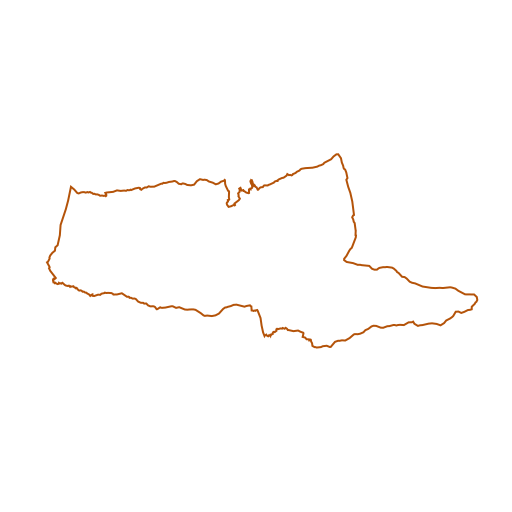 Logresti, Gorj, Romania, rotated 76°
{"feature_id": "2599482B14981850499200", "entity_name": "Logresti", "entity_type": "district", "adm_level": 2, "iso_a3": "ROU", "parent_name": "Romania", "parent_adm1": "Gorj", "projection": "equal_earth", "projection_center": [23.721, 44.889], "detail": "fine", "context": "isolated", "style": "outline", "palette": "amber", "viewbox_px": 512, "rotation_deg": 76, "n_neighbors": 0, "source": "geoboundaries", "source_scale": "gbopen_adm2", "svg_char_len": 6135}
<svg xmlns="http://www.w3.org/2000/svg" viewBox="0 0 512 512"><g transform="rotate(76 256 256)"><path d="M211.6,460.3L216.4,459.0L217.1,459.0L217.8,459.8L220.7,459.2L228.9,455.6L229.8,457.3L229.1,457.8L229.5,458.5L230.7,458.9L232.5,458.9L232.6,458.4L233.5,458.0L233.2,457.5L233.4,457.1L234.0,456.9L235.3,455.2L235.2,454.2L234.4,453.7L235.2,453.0L235.2,451.9L235.7,451.6L235.2,450.3L237.9,448.5L238.7,447.6L239.6,445.8L239.5,444.7L240.9,443.9L240.5,443.3L241.0,442.8L241.2,440.5L241.8,440.4L242.8,439.5L243.0,438.9L243.6,438.7L243.4,438.1L244.2,437.3L245.0,437.3L246.5,436.2L246.8,435.9L246.9,434.4L247.8,433.4L248.7,432.9L248.9,431.7L250.1,430.7L250.6,429.4L251.4,429.0L253.0,427.2L254.6,426.5L253.9,425.2L253.7,424.0L255.1,424.2L255.7,422.7L255.3,418.6L256.0,416.5L255.2,415.1L255.3,411.9L255.0,411.5L255.7,410.2L256.0,408.4L257.0,405.3L258.0,404.1L258.9,403.7L259.7,400.0L259.7,395.2L264.4,391.0L264.6,389.6L265.1,389.0L266.0,388.8L266.3,387.4L267.5,386.0L267.9,384.1L268.7,383.0L271.7,381.4L273.5,379.1L274.2,376.7L275.1,376.1L275.6,373.9L277.8,372.7L279.3,370.7L279.9,367.9L280.4,367.0L281.1,366.3L283.6,365.3L283.7,364.6L282.6,361.4L283.2,360.7L283.6,359.6L284.1,356.5L284.3,350.3L284.6,349.0L287.0,346.1L287.1,342.9L290.7,338.0L291.5,335.7L291.9,332.9L292.7,329.6L293.6,327.7L298.0,323.5L300.9,321.3L301.7,320.2L302.0,317.7L303.6,313.4L303.8,309.7L302.9,305.9L299.4,300.7L298.5,298.4L298.7,297.1L298.5,295.6L298.5,292.6L298.0,289.6L298.5,286.7L302.4,279.4L302.2,277.4L302.4,273.8L303.2,273.5L303.8,272.7L307.8,273.4L308.4,271.9L308.7,271.7L308.6,270.3L309.0,269.7L308.7,269.4L308.7,267.9L309.6,267.6L317.3,266.6L324.9,267.4L331.8,267.6L335.7,267.1L335.3,266.7L334.8,265.1L335.6,264.9L336.9,263.6L336.8,263.2L336.3,263.0L336.0,262.5L336.2,261.5L336.9,261.3L335.9,260.8L336.2,260.2L335.7,259.3L335.6,258.6L335.1,258.7L333.9,257.5L333.9,256.8L334.4,256.3L333.5,254.2L332.1,254.0L331.7,253.2L332.3,252.1L332.2,249.8L332.8,248.2L332.3,247.6L333.5,245.8L332.9,244.6L334.2,243.5L335.6,243.0L335.8,242.2L338.0,237.8L338.5,233.2L340.3,231.1L341.9,228.7L342.7,228.7L345.8,230.3L347.1,228.0L349.0,227.1L349.6,225.0L350.7,224.8L350.1,223.7L350.5,223.1L352.3,223.2L354.2,222.7L356.9,223.0L358.6,221.2L358.8,220.3L359.5,219.3L360.1,215.0L359.7,213.0L360.2,209.1L362.1,206.5L362.3,205.5L358.4,200.1L358.1,196.8L358.5,195.6L358.6,193.0L359.6,189.9L358.3,185.1L355.8,180.1L355.7,179.1L356.5,176.1L356.6,173.8L356.0,170.2L354.4,167.8L353.9,164.7L352.3,161.0L352.1,158.9L352.9,156.3L355.7,152.3L356.4,150.0L355.9,145.5L356.3,143.6L356.2,139.4L356.5,138.2L357.4,136.5L357.3,135.2L357.6,133.0L358.8,129.2L357.3,124.0L358.0,120.7L357.7,119.4L360.1,118.7L363.0,115.8L362.9,113.8L363.3,111.2L363.4,104.9L363.9,101.5L365.6,97.2L367.9,93.7L366.6,89.7L364.6,87.1L363.6,82.8L362.6,80.3L361.9,79.1L358.4,75.7L358.9,73.0L360.9,70.6L360.6,67.4L359.7,63.5L360.0,61.3L359.9,59.6L357.4,58.9L355.4,55.4L354.2,54.3L353.8,53.3L352.2,51.9L349.2,51.7L346.1,53.7L343.8,62.4L338.7,68.1L335.9,70.4L334.0,73.6L333.3,75.2L332.3,82.4L331.3,85.5L330.5,89.8L329.3,93.7L325.9,101.8L321.1,108.2L319.7,111.1L318.1,113.1L314.4,115.2L312.4,116.9L311.5,119.3L307.0,121.7L305.7,123.0L304.4,123.4L301.6,125.3L300.2,126.8L298.3,131.6L298.1,133.5L297.6,135.3L297.4,138.8L297.6,140.0L298.5,141.9L297.9,144.4L296.5,146.5L293.0,148.5L290.4,155.8L289.7,157.1L289.2,159.4L286.4,163.5L283.7,169.5L281.3,171.5L280.0,171.1L277.8,168.2L273.4,164.2L272.0,162.6L271.4,161.3L270.3,160.4L262.1,154.7L260.2,154.0L259.9,154.4L259.5,154.3L254.8,152.9L255.0,153.1L247.9,152.3L246.4,152.9L244.2,152.8L241.7,153.3L240.2,152.0L239.9,151.0L226.5,149.4L217.6,149.2L211.2,149.8L203.9,149.9L202.5,148.4L196.8,148.2L193.7,148.6L192.7,149.5L191.8,149.7L189.4,149.6L186.1,150.1L181.7,149.9L177.2,151.6L176.8,153.4L178.2,156.7L180.3,159.7L181.8,166.1L182.1,167.2L183.1,168.5L183.6,171.0L183.6,172.9L184.1,174.9L184.0,179.8L182.7,186.8L182.4,190.5L182.6,191.7L183.6,193.2L184.2,196.1L185.0,197.5L185.5,200.5L186.2,201.1L186.4,202.0L185.6,203.2L185.5,204.5L184.1,205.8L185.4,206.9L186.7,210.3L186.6,211.9L187.2,215.3L187.9,216.9L188.4,217.0L188.1,218.1L188.3,219.8L189.1,220.9L190.0,225.6L190.0,226.7L190.4,227.5L189.5,230.9L189.8,231.6L190.8,232.7L190.5,234.8L190.8,235.9L192.2,237.8L192.1,238.3L189.6,238.8L188.7,239.8L187.0,240.2L185.2,241.5L184.5,242.7L184.1,242.6L184.1,241.9L183.3,241.9L183.3,241.5L181.7,241.7L181.2,242.3L181.5,242.4L181.5,242.0L182.4,242.2L182.0,243.2L182.4,243.4L184.7,243.2L187.0,242.2L186.7,242.8L188.6,243.0L189.1,243.6L189.3,244.4L189.2,245.0L190.0,245.2L189.5,245.9L189.7,246.7L193.2,247.5L193.3,247.9L192.1,250.1L190.0,251.9L189.9,252.3L189.0,252.4L189.0,254.2L186.1,254.6L186.3,255.3L186.6,256.0L187.8,255.7L190.0,256.6L190.9,258.2L192.8,258.1L193.7,258.6L196.5,257.8L197.7,259.2L199.9,264.2L201.5,264.0L201.7,264.4L201.0,264.8L201.7,268.1L201.7,270.7L199.2,271.7L197.9,271.7L197.1,271.3L196.4,270.0L194.9,269.8L195.0,268.8L194.7,268.3L192.4,268.1L187.2,266.6L186.4,266.7L186.0,267.3L180.7,268.4L178.6,268.5L174.9,267.8L174.6,268.0L175.2,268.8L175.4,272.0L176.6,274.8L176.7,277.7L174.4,280.2L172.3,283.7L170.4,285.4L169.5,287.5L169.4,288.9L167.9,291.8L169.1,295.3L171.8,298.8L171.7,302.0L170.4,305.6L169.0,307.2L168.0,309.1L167.8,309.9L168.3,311.1L167.2,313.5L165.1,314.9L163.8,316.3L163.4,317.3L163.5,319.2L163.1,322.6L163.3,325.0L163.1,326.9L162.6,328.1L163.2,329.4L162.9,330.4L164.1,338.0L163.2,341.9L162.4,343.2L163.1,345.5L162.6,347.1L163.3,350.0L164.0,351.2L163.2,352.2L161.9,352.2L161.4,353.3L161.2,357.0L161.8,361.1L161.3,361.7L161.6,362.5L161.3,364.0L160.9,364.7L161.3,366.3L160.6,368.1L160.1,371.6L158.7,375.0L159.2,379.1L158.3,385.3L158.3,386.9L160.4,386.4L161.3,386.7L161.6,387.3L160.8,387.9L160.9,389.1L160.1,390.7L159.8,392.7L158.7,393.7L157.8,395.1L157.4,396.7L156.5,397.8L156.4,398.9L154.9,400.1L154.5,401.0L153.7,401.6L153.8,403.3L153.2,404.1L153.3,405.9L152.4,407.4L152.1,408.9L152.0,410.5L152.4,412.9L152.0,413.6L151.6,414.2L147.5,416.3L144.1,418.8L156.8,424.9L164.6,429.2L178.6,438.1L188.4,441.3L197.6,445.9L199.0,448.6L202.2,449.8L203.7,452.9L205.8,455.6L207.5,456.8L208.6,456.9L211.3,459.3L211.6,460.3Z" fill="none" stroke="#b45309" stroke-width="2"/></g></svg>